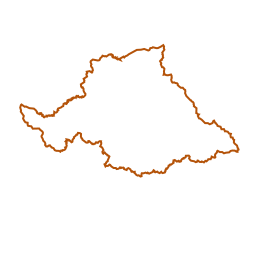 the district of Sadao, Songkhla, Thailand, rotated 329°
{"feature_id": "78962969B3904218037840", "entity_name": "Sadao", "entity_type": "district", "adm_level": 2, "iso_a3": "THA", "parent_name": "Thailand", "parent_adm1": "Songkhla", "projection": "orthographic", "projection_center": [100.374, 6.658], "detail": "fine", "context": "isolated", "style": "outline", "palette": "amber", "viewbox_px": 256, "rotation_deg": 329, "n_neighbors": 0, "source": "geoboundaries", "source_scale": "gbopen_adm2", "svg_char_len": 5746}
<svg xmlns="http://www.w3.org/2000/svg" viewBox="0 0 256 256"><g transform="rotate(329 128 128)"><path d="M149.7,55.3L146.3,55.6L145.5,54.6L144.7,54.4L143.4,52.9L141.8,53.7L140.4,53.8L138.6,55.1L137.9,55.0L136.9,54.6L133.1,51.2L130.6,51.5L129.8,52.2L129.5,54.6L128.6,55.1L128.2,55.9L128.1,56.9L128.4,57.9L127.9,59.8L127.6,60.5L126.7,60.8L126.3,61.6L125.6,61.9L125.4,61.7L124.4,59.5L121.6,58.5L121.2,60.0L120.0,60.4L119.4,62.8L115.3,63.0L115.2,64.7L114.7,65.0L114.2,66.1L110.1,66.3L109.2,68.3L109.2,69.2L109.4,69.8L110.1,69.8L110.1,71.4L109.1,73.2L108.9,75.1L109.1,76.8L108.3,77.9L105.8,78.5L105.2,77.7L104.0,78.1L103.6,77.6L104.1,77.2L102.3,76.9L101.9,75.9L101.4,75.8L101.7,75.0L101.0,74.9L100.7,74.1L100.1,74.1L99.0,75.1L98.9,74.7L97.8,74.6L97.1,73.9L96.4,74.4L96.0,74.2L95.9,73.6L95.3,73.6L95.7,74.1L95.0,74.7L93.4,74.9L92.5,74.5L92.8,74.1L92.4,73.6L91.7,73.7L91.7,73.3L90.4,73.1L89.5,74.1L90.1,74.4L90.0,74.8L89.1,74.7L88.4,75.4L87.3,74.6L87.1,75.2L86.3,74.4L85.3,74.1L83.7,75.9L82.6,75.7L81.1,75.9L78.1,75.3L77.2,75.9L77.3,76.8L76.5,76.8L75.8,77.6L74.5,77.8L73.7,77.4L73.1,76.2L71.9,78.0L70.8,78.1L70.7,79.2L69.2,78.6L69.0,77.6L67.7,77.5L67.4,76.9L66.8,77.0L66.4,76.3L65.7,76.3L64.7,75.6L64.4,76.4L62.6,75.3L61.8,75.7L61.4,75.4L61.3,73.8L60.9,73.6L61.6,72.8L60.9,72.3L61.2,71.3L60.0,70.9L60.7,70.2L59.5,69.7L58.8,69.9L57.9,68.6L58.0,67.4L58.3,67.1L58.1,65.3L57.3,62.9L53.7,60.2L51.6,57.0L50.4,56.6L48.8,53.0L48.0,53.2L46.1,55.0L45.4,57.8L44.5,58.8L44.9,64.0L42.9,65.9L42.8,68.8L43.0,70.3L44.7,71.8L43.6,73.6L43.5,74.7L46.0,76.8L46.0,79.5L51.6,82.7L51.7,84.0L52.8,87.0L52.7,88.1L51.9,89.2L49.8,90.3L49.4,90.9L49.3,93.4L48.8,95.3L49.3,96.9L49.2,98.5L48.8,99.4L48.2,99.8L48.4,101.7L49.5,102.4L51.0,102.2L52.1,102.6L52.1,103.9L52.6,104.6L52.5,105.4L53.8,106.9L53.8,109.3L54.8,110.6L57.1,112.1L57.8,113.5L59.1,112.9L60.0,113.7L60.6,113.3L61.6,113.9L62.8,114.0L64.0,113.5L64.1,112.3L65.3,112.5L66.4,111.5L66.9,109.7L67.3,109.2L67.8,109.2L67.9,108.2L67.5,107.4L68.5,107.0L69.2,107.4L69.5,106.1L71.3,107.8L71.2,108.6L71.7,108.9L72.2,111.1L72.8,111.2L73.3,111.1L74.6,109.4L76.5,108.9L76.9,108.0L78.8,107.8L80.4,107.1L81.1,107.6L82.6,106.4L84.1,107.6L84.7,108.8L83.2,111.1L82.9,112.7L83.3,113.4L82.9,114.5L84.7,119.0L86.0,119.8L86.6,119.7L87.3,118.8L88.0,119.2L88.8,122.3L89.5,123.0L89.2,123.5L90.4,124.3L91.3,124.2L92.0,124.5L93.3,123.8L94.5,125.2L95.6,124.7L97.1,124.8L98.0,125.5L97.6,125.9L97.4,127.1L96.5,128.2L94.7,129.4L95.8,131.4L95.6,134.3L93.8,135.2L93.4,136.5L93.6,137.3L95.4,136.9L95.8,139.2L96.5,140.3L96.2,140.9L97.1,141.9L97.4,142.8L93.6,145.6L93.5,146.0L91.5,146.3L90.8,147.1L89.2,147.0L88.9,149.3L89.7,149.1L90.5,149.8L91.8,150.2L93.2,149.8L93.7,150.4L93.9,152.3L95.1,154.9L97.0,156.0L97.1,157.3L98.4,157.9L100.2,158.0L100.8,157.6L101.6,158.2L101.4,158.7L103.6,159.5L103.9,160.2L103.5,161.2L105.2,163.3L106.4,162.5L107.7,162.6L108.7,164.6L108.5,167.2L109.3,167.2L109.7,168.3L111.2,169.0L110.4,170.2L110.8,170.8L111.0,172.6L111.8,173.8L112.6,173.9L112.9,174.2L113.7,176.0L114.8,176.3L115.7,174.6L116.5,173.9L117.9,174.8L120.1,175.3L121.0,176.6L121.9,176.4L122.6,178.0L126.3,178.4L128.2,177.4L128.6,178.3L128.1,179.2L128.5,180.0L130.7,180.5L130.9,181.6L131.9,183.0L133.9,182.7L133.9,183.5L134.5,184.5L136.7,185.1L137.6,184.5L137.6,184.1L138.3,183.9L138.8,183.0L139.8,182.5L139.9,183.0L140.5,183.1L142.6,182.1L143.4,181.2L144.3,181.6L144.8,181.0L145.5,181.0L146.1,181.6L149.1,181.3L149.2,180.5L149.8,180.4L150.3,179.2L151.6,179.5L152.6,182.0L154.5,182.1L154.8,182.7L154.6,183.4L155.9,183.9L156.5,183.7L156.9,183.0L158.5,182.4L159.9,182.9L160.2,182.3L161.6,182.8L162.4,182.7L163.3,181.6L165.9,183.0L166.1,184.4L164.7,185.5L164.8,187.2L165.2,188.5L167.6,190.6L168.5,192.2L169.8,192.5L170.8,191.7L171.1,191.8L171.9,193.9L173.3,194.9L174.0,194.7L175.4,196.6L177.4,196.0L178.1,197.0L180.2,196.5L180.7,196.1L182.8,197.3L183.3,196.8L183.9,196.8L185.0,195.6L186.7,197.9L187.3,198.2L187.9,198.0L188.3,196.6L189.1,195.5L191.7,194.7L192.4,193.8L193.1,193.7L194.3,195.9L196.4,197.2L197.2,199.1L199.2,199.6L202.2,201.0L204.1,200.5L205.9,201.1L207.9,202.4L208.8,204.2L209.6,204.8L210.3,203.5L211.6,203.5L211.9,202.2L211.7,201.6L212.4,199.2L211.3,196.0L211.4,194.7L212.9,192.8L212.3,192.0L212.8,190.1L211.4,189.1L211.4,188.6L212.0,187.1L213.2,186.0L211.8,184.8L211.6,182.6L210.1,181.1L209.4,180.8L209.7,178.4L207.5,177.2L208.0,174.6L205.8,172.3L206.1,171.1L205.7,169.6L205.8,169.0L205.4,168.5L205.6,166.0L204.9,165.9L202.9,167.3L200.0,166.9L199.0,165.0L196.6,163.5L195.5,159.0L194.6,157.0L193.8,156.3L194.1,153.6L195.7,152.9L195.0,152.3L194.8,151.2L194.2,150.4L196.9,146.3L195.7,143.2L196.4,142.4L196.4,141.5L197.1,140.6L197.0,139.1L196.2,137.9L196.3,136.8L195.8,136.3L194.5,130.6L194.9,127.5L196.0,126.2L196.6,124.8L196.0,123.7L195.7,121.7L194.1,120.8L193.4,119.2L192.7,116.9L193.3,116.0L193.1,114.9L191.8,113.9L191.1,112.7L189.7,112.2L189.4,111.7L189.5,110.0L190.0,108.7L191.4,107.5L191.5,106.8L192.2,106.0L192.4,104.3L189.4,103.4L187.8,102.2L187.5,101.3L186.0,100.7L187.4,99.3L187.9,98.1L189.7,96.0L189.5,94.2L188.5,93.4L189.0,90.2L189.9,89.6L189.9,87.2L191.0,86.8L192.2,87.0L192.3,86.4L194.4,85.8L194.4,85.2L195.6,83.3L195.4,82.6L196.1,81.9L196.2,81.0L199.5,79.6L199.8,78.0L200.9,76.7L200.9,75.1L198.0,75.2L194.8,74.9L193.5,74.2L190.9,71.6L189.8,71.7L188.3,71.0L186.5,72.2L185.3,72.0L182.6,68.6L179.5,67.6L175.8,65.6L166.4,65.2L164.9,65.5L162.8,65.2L161.1,65.6L160.9,64.5L156.4,64.4L156.4,65.7L155.4,64.3L155.3,63.6L154.7,63.3L154.3,63.6L154.1,63.3L154.1,62.7L153.7,62.2L154.3,61.8L153.3,61.5L153.4,61.1L153.0,61.2L152.9,60.6L152.3,60.0L151.7,60.1L151.3,59.5L151.3,58.7L152.0,58.4L152.0,58.2L152.3,58.3L152.5,57.7L152.3,57.1L151.6,56.7L151.8,56.6L151.5,56.0L150.7,56.0L150.6,55.7L149.7,55.3Z" fill="none" stroke="#b45309" stroke-width="2"/></g></svg>